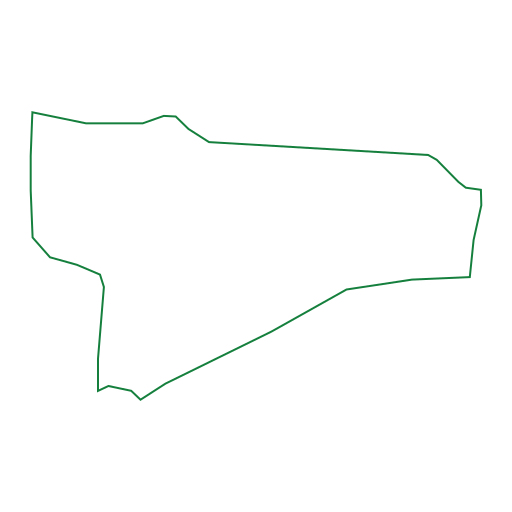 outline of Edinburgh
{"feature_id": "GBR-2023", "entity_name": "Edinburgh", "entity_type": "Unitary District (city)", "adm_level": 1, "iso_a3": "GBR", "parent_name": "United Kingdom", "parent_adm1": "", "projection": "natural_earth1", "projection_center": [-3.306, 55.904], "detail": "fine", "context": "isolated", "style": "outline", "palette": "green", "viewbox_px": 512, "rotation_deg": 0, "n_neighbors": 0, "source": "natural_earth", "source_scale": "10m", "svg_char_len": 523}
<svg xmlns="http://www.w3.org/2000/svg" viewBox="0 0 512 512"><path d="M32.4,112.3L85.9,123.3L142.8,123.3L163.8,115.9L175.7,116.5L188.5,129.0L209.0,142.1L428.2,155.0L436.8,159.9L458.4,181.9L465.8,187.7L480.9,189.8L481.3,205.3L473.6,240.0L469.8,277.1L412.0,279.6L346.5,289.5L271.4,331.6L165.5,383.6L140.5,399.7L131.2,390.8L108.4,386.0L98.0,390.9L98.0,358.8L103.9,287.0L100.0,274.6L76.9,264.8L50.0,257.3L32.6,237.5L30.7,190.5L30.7,155.8L32.1,119.0L32.4,112.8L32.4,112.3Z" fill="none" stroke="#15803d" stroke-width="2"/></svg>